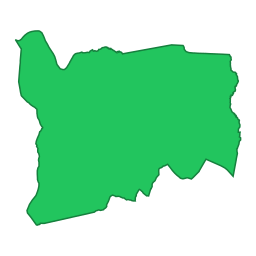 the district of Luruaco, Atlántico, Colombia
{"feature_id": "7082276B62382925413250", "entity_name": "Luruaco", "entity_type": "district", "adm_level": 2, "iso_a3": "COL", "parent_name": "Colombia", "parent_adm1": "Atlántico", "projection": "natural_earth1", "projection_center": [-75.143, 10.631], "detail": "fine", "context": "isolated", "style": "filled", "palette": "green", "viewbox_px": 256, "rotation_deg": 0, "n_neighbors": 0, "source": "geoboundaries", "source_scale": "gbopen_adm2", "svg_char_len": 5620}
<svg xmlns="http://www.w3.org/2000/svg" viewBox="0 0 256 256"><path d="M229.4,54.6L221.8,54.2L209.3,53.7L205.8,53.5L198.3,53.3L194.2,53.0L193.1,53.0L188.9,52.6L186.1,51.6L184.2,49.2L184.2,47.9L183.9,47.0L183.5,46.1L183.0,45.5L171.6,44.9L122.8,53.8L122.6,53.9L122.2,53.5L121.9,52.8L121.5,52.4L120.8,52.0L120.3,52.0L119.3,51.3L118.9,52.1L118.7,52.2L118.1,51.5L117.9,51.7L117.5,51.6L117.2,51.7L116.7,52.3L116.7,52.6L116.0,52.2L115.3,51.5L114.7,51.3L113.7,50.4L112.9,50.2L112.4,49.6L111.4,49.2L110.8,48.4L110.6,48.4L110.5,48.5L110.7,49.0L110.4,49.3L109.9,48.9L109.2,49.0L108.9,48.8L108.9,48.5L108.9,48.4L108.3,48.6L108.0,48.4L107.9,48.2L108.1,47.9L107.8,47.5L107.0,47.3L106.6,47.5L106.5,47.4L106.3,47.1L106.0,46.9L105.3,47.1L104.7,47.1L104.2,47.5L103.2,47.5L102.1,47.8L100.9,48.9L100.4,49.2L99.6,49.4L98.8,49.4L98.4,50.2L98.0,50.8L96.9,51.1L96.7,51.3L95.4,51.0L94.9,50.7L94.5,50.8L93.9,51.2L93.6,51.2L93.1,50.9L92.9,50.2L92.4,49.8L92.0,50.2L91.4,50.3L91.0,50.7L90.2,51.0L89.9,51.7L89.6,51.9L89.4,52.3L89.1,52.6L88.4,52.4L87.6,52.3L86.3,52.5L85.0,52.8L82.8,52.8L82.4,52.7L81.9,52.1L81.3,52.3L79.3,53.0L77.6,53.2L75.9,53.6L75.0,54.1L74.4,54.6L73.3,55.9L72.7,57.2L71.2,59.7L70.8,60.6L70.1,61.6L69.4,63.2L66.6,67.7L64.5,69.5L63.0,69.6L60.2,68.8L58.7,66.8L56.9,64.4L55.7,59.8L54.7,56.6L53.2,53.7L51.2,50.7L48.9,47.2L47.4,44.2L45.3,40.7L44.5,38.5L43.4,35.8L41.8,32.7L39.5,31.1L38.2,30.9L34.9,31.0L31.9,31.5L29.8,32.1L27.5,33.2L24.9,35.2L22.8,37.4L21.5,39.1L19.8,40.4L18.0,40.8L16.1,40.1L15.4,39.6L20.6,48.0L21.3,48.7L20.3,60.4L20.3,62.7L19.9,66.4L18.7,81.7L20.2,90.0L20.5,92.0L21.3,95.6L21.6,96.0L24.2,98.7L27.1,101.7L27.4,102.0L28.1,102.3L29.0,102.9L29.7,103.8L31.2,105.1L33.3,106.5L34.8,107.3L36.1,108.6L36.7,109.0L36.9,109.3L37.0,112.5L37.0,113.6L37.2,114.5L37.4,116.3L37.7,117.6L38.0,118.3L38.7,119.3L39.3,120.5L40.1,123.4L40.5,124.4L41.6,126.2L42.3,126.9L42.6,127.2L42.7,127.7L42.4,128.3L42.2,128.2L41.8,128.7L41.3,130.0L40.6,131.1L39.7,131.8L39.0,134.6L37.5,137.9L36.3,141.2L35.9,143.8L36.2,144.3L37.0,145.3L36.6,146.4L38.0,148.6L37.7,149.6L37.8,152.1L38.6,153.2L39.2,155.1L39.4,156.8L38.8,158.3L38.5,160.1L39.0,162.3L39.0,166.3L37.9,168.0L37.3,170.7L37.3,174.1L37.5,177.9L37.5,179.6L38.3,182.1L39.0,183.2L38.9,186.2L38.2,189.3L37.4,191.8L36.0,195.5L32.3,200.1L29.5,204.4L28.1,207.9L27.0,210.5L27.5,213.0L31.1,217.5L36.4,224.9L37.3,225.1L37.7,224.9L37.9,224.6L38.1,224.5L38.5,224.7L39.0,224.4L39.5,224.5L39.8,224.3L40.1,223.9L40.3,223.3L44.2,223.4L94.4,212.1L96.1,210.7L96.9,210.6L98.8,209.9L100.4,210.4L103.6,209.7L104.2,208.8L105.1,208.3L105.8,207.7L106.7,206.5L106.6,204.8L108.4,201.3L109.4,198.6L109.8,197.2L110.8,196.1L112.5,195.1L113.8,195.5L115.1,196.0L115.8,196.5L118.7,196.3L120.5,196.8L121.0,197.3L121.6,197.4L122.5,197.9L123.4,198.0L124.2,198.0L125.1,198.9L126.6,199.9L127.5,199.6L128.6,199.6L129.7,200.0L131.0,200.1L131.7,200.6L133.2,200.9L135.2,200.9L135.1,200.6L135.3,199.5L135.3,197.7L135.7,196.5L136.0,196.3L136.2,195.9L136.3,195.6L136.2,195.0L136.5,193.9L137.2,192.8L138.3,190.8L139.3,189.4L140.4,189.9L140.8,190.3L141.7,191.2L142.5,191.8L143.1,192.9L143.8,193.6L144.3,193.9L144.9,194.5L145.8,195.1L146.4,195.7L146.9,195.9L148.1,195.7L148.6,195.9L150.0,191.2L150.8,188.7L151.2,188.7L151.4,188.0L152.1,186.7L152.1,184.5L152.4,183.5L152.7,182.9L153.5,182.0L154.6,181.1L155.0,180.7L155.6,179.4L156.4,177.5L157.0,176.9L158.6,175.0L158.9,174.8L158.7,171.1L158.8,169.3L159.3,168.5L160.6,167.8L161.5,167.6L163.0,166.4L163.2,166.0L164.5,165.9L165.0,165.7L167.6,164.3L170.1,167.4L172.4,170.5L174.6,173.0L176.8,175.1L180.3,177.9L180.3,178.1L181.8,178.6L182.7,178.8L183.6,178.7L186.6,177.9L187.7,177.8L188.3,178.0L191.4,179.0L193.3,177.3L199.1,171.4L199.2,170.9L206.0,159.2L221.0,165.8L224.8,167.9L227.3,169.9L233.1,176.3L236.2,159.7L236.2,159.3L237.4,153.4L236.9,151.0L237.0,149.8L236.9,149.7L236.7,149.0L237.4,148.4L237.5,147.8L238.9,144.2L239.3,141.3L240.6,140.0L240.6,137.8L239.4,136.9L239.5,136.7L239.7,136.2L239.7,135.6L239.8,135.0L239.9,134.9L239.7,134.3L240.1,132.2L238.3,132.3L238.3,131.3L238.4,130.7L238.4,129.5L238.6,128.6L239.8,127.1L239.9,125.9L239.9,124.7L239.3,123.4L239.0,121.8L239.4,120.7L239.1,119.9L238.5,119.8L237.8,118.9L237.6,118.0L237.0,117.5L236.7,117.2L236.6,116.9L236.5,117.3L236.0,117.0L235.6,116.0L235.0,114.3L234.8,114.1L234.8,114.3L234.6,114.5L234.4,114.3L234.1,113.8L233.9,113.4L232.3,112.1L231.8,111.6L231.4,110.4L230.7,108.8L229.9,107.5L230.2,105.5L230.6,104.5L230.6,104.4L230.4,104.3L230.5,104.0L230.6,103.8L230.1,102.7L230.2,102.4L230.3,101.2L230.3,100.5L230.2,100.0L230.4,99.0L229.9,98.5L230.1,98.3L230.1,98.1L230.5,97.8L230.7,97.5L230.6,97.1L230.5,96.9L230.3,96.3L230.9,96.0L231.2,96.0L231.3,95.7L231.3,95.3L231.3,95.2L232.0,95.5L232.4,95.3L232.9,94.5L232.9,94.0L233.0,93.8L233.4,93.5L233.5,93.3L233.5,93.2L233.4,93.0L233.2,93.0L232.9,93.2L232.9,92.8L233.3,92.5L234.5,91.3L235.0,91.3L235.2,90.8L235.3,90.3L235.5,89.9L235.3,89.4L235.2,89.0L235.2,88.4L235.0,87.5L235.1,86.4L235.3,86.3L235.6,86.5L235.9,86.0L236.1,85.9L236.4,85.9L236.5,85.7L236.4,85.1L236.5,84.8L236.8,84.1L237.4,83.4L237.6,82.6L238.1,81.9L238.3,81.0L238.3,80.8L237.9,80.4L237.8,80.1L237.8,79.6L237.5,78.2L237.5,77.2L237.4,76.5L236.3,74.8L236.3,74.5L236.5,74.1L236.5,73.8L236.4,73.8L236.1,73.9L235.9,73.7L235.9,73.1L235.5,72.4L234.6,72.2L233.4,72.1L232.8,71.8L231.9,70.8L231.3,70.5L230.9,70.2L230.8,69.9L231.1,69.2L231.0,68.8L230.8,68.2L230.6,66.8L230.4,66.4L230.5,65.7L230.3,65.1L230.4,64.0L230.4,62.5L230.2,61.8L230.2,61.5L230.3,61.2L231.0,60.2L231.2,59.8L231.2,59.4L231.0,58.5L231.0,57.2L230.9,57.0L230.7,56.7L230.2,56.5L230.0,55.7L229.6,55.3L229.4,54.6Z" fill="#22c55e" stroke="#15803d" stroke-width="1.5"/></svg>